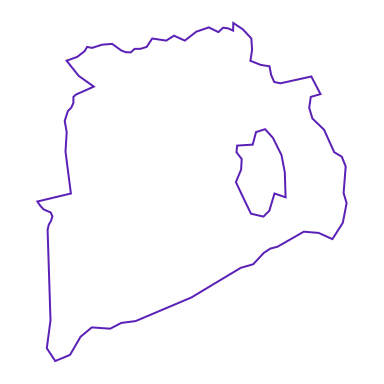 the County of Veszprém
{"feature_id": "HUN-3158", "entity_name": "Veszprém", "entity_type": "County", "adm_level": 1, "iso_a3": "HUN", "parent_name": "Hungary", "parent_adm1": "", "projection": "albers", "projection_center": [17.661, 47.071], "detail": "fine", "context": "isolated", "style": "outline", "palette": "violet", "viewbox_px": 384, "rotation_deg": 0, "n_neighbors": 0, "source": "natural_earth", "source_scale": "10m", "svg_char_len": 1269}
<svg xmlns="http://www.w3.org/2000/svg" viewBox="0 0 384 384"><path d="M311.3,76.5L320.5,94.1L310.8,96.9L309.2,107.8L312.4,118.5L324.1,129.8L334.2,152.2L341.8,156.7L345.7,166.5L343.6,193.0L346.6,203.2L342.8,222.8L332.4,239.1L318.6,232.9L303.8,231.7L277.5,246.7L270.3,248.6L263.9,252.8L253.1,264.3L240.8,267.8L191.5,297.4L135.5,321.1L121.3,322.9L110.2,328.7L91.8,327.4L80.6,336.7L70.0,354.9L55.2,361.0L46.8,348.2L50.5,320.3L47.6,229.9L48.7,224.9L51.0,220.9L52.4,216.4L50.7,212.5L43.6,209.4L40.3,205.8L37.4,201.5L70.9,193.5L65.5,151.5L66.7,132.2L64.7,120.9L67.9,111.0L71.3,107.6L73.4,103.0L73.4,97.0L75.7,94.7L93.8,86.6L78.7,75.9L66.6,60.7L77.2,56.9L84.7,51.1L87.1,46.9L92.0,47.9L102.0,44.7L112.2,43.9L121.3,50.5L125.8,52.2L130.7,52.4L134.6,48.9L140.6,48.8L146.7,46.9L152.2,38.5L166.2,40.6L174.0,35.7L184.8,40.6L196.3,31.7L208.8,27.4L218.4,32.1L223.1,27.7L228.2,28.4L233.1,30.6L233.3,23.0L242.8,29.3L251.3,38.4L252.1,49.7L250.4,60.8L260.7,64.9L269.5,66.3L271.1,74.8L274.2,82.0L280.4,83.3L311.3,76.5ZM285.6,197.3L284.8,172.3L281.5,155.1L272.9,137.8L265.1,129.2L256.0,132.1L252.7,144.6L237.1,145.6L236.5,152.3L241.7,159.0L241.1,169.6L235.9,182.1L243.1,197.4L251.0,213.7L263.4,216.6L269.3,210.8L274.5,193.5L285.6,197.3Z" fill="none" stroke="#5b21b6" stroke-width="2"/></svg>